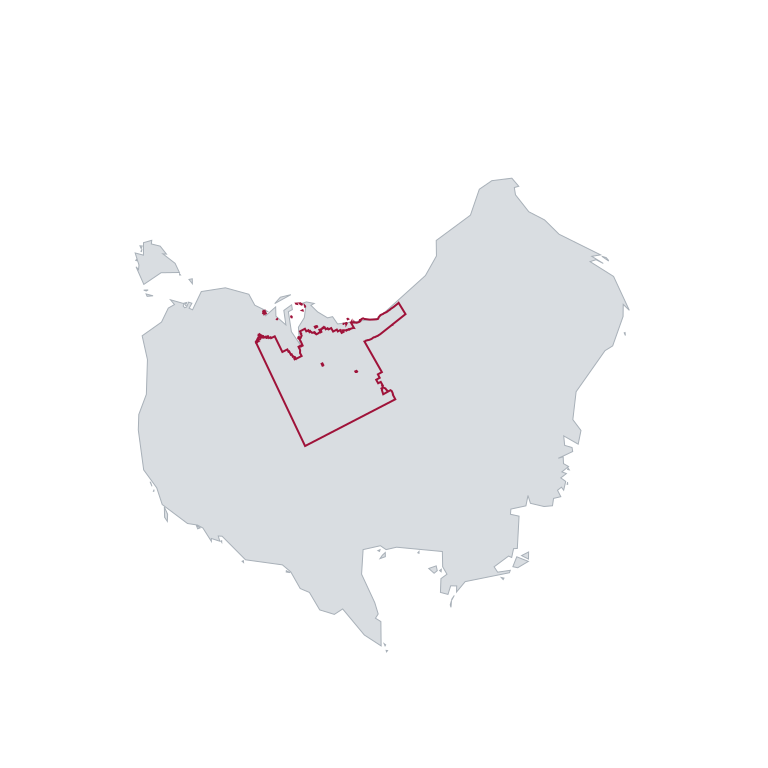 Unincorporated SA, South Australia, Australia (highlighted), rotated 152°
{"feature_id": "25037944B19571193858150", "entity_name": "Unincorporated SA", "entity_type": "district", "adm_level": 2, "iso_a3": "AUS", "parent_name": "Australia", "parent_adm1": "South Australia", "projection": "orthographic", "projection_center": [135.729, -30.866], "detail": "fine", "context": "in_parent", "style": "outline", "palette": "rose", "viewbox_px": 768, "rotation_deg": 152, "n_neighbors": 0, "source": "geoboundaries", "source_scale": "gbopen_adm2", "svg_char_len": 9386}
<svg xmlns="http://www.w3.org/2000/svg" viewBox="0 0 768 768"><g transform="rotate(152 384 384)"><path d="M519.2,171.6L526.1,204.8L536.0,203.9L546.8,214.7L547.7,235.0L554.0,242.7L554.5,261.8L558.6,272.0L588.8,293.8L598.4,325.6L601.7,327.6L602.8,322.3L609.0,328.7L610.3,326.1L611.5,341.9L615.0,347.1L623.0,353.1L636.4,381.7L633.4,399.0L636.5,421.0L622.5,458.8L614.8,472.2L598.7,486.4L581.4,516.6L574.9,540.1L551.4,543.1L538.8,552.3L531.7,552.5L533.0,558.6L522.9,548.9L524.7,547.1L524.2,544.9L522.2,544.6L518.1,548.0L515.7,545.5L520.5,542.4L518.2,539.4L501.9,551.4L478.9,543.4L461.2,526.7L461.1,514.2L452.7,502.7L456.4,503.2L456.5,499.8L443.5,502.9L447.6,494.6L442.9,482.2L437.9,496.0L428.4,497.3L430.0,492.7L434.5,492.7L441.2,473.7L439.7,459.3L432.9,474.3L423.3,479.9L416.8,488.9L417.7,493.5L414.0,492.9L407.8,487.9L411.6,487.8L408.8,478.9L402.8,468.9L397.8,467.6L396.8,458.8L358.9,444.7L296.5,460.3L277.6,472.4L270.5,486.2L228.4,492.5L208.4,511.2L193.3,512.9L174.5,505.7L172.2,495.3L176.7,496.3L179.1,489.3L175.3,468.1L165.2,453.5L159.1,434.0L132.1,396.3L140.6,399.2L133.8,387.5L138.4,394.2L144.6,395.3L130.8,371.2L132.8,333.9L135.4,342.0L141.2,331.4L164.2,310.3L173.2,309.7L218.0,287.0L234.0,263.9L231.9,250.5L240.8,239.7L249.7,253.8L253.3,245.0L247.8,239.6L249.1,235.8L265.0,236.6L260.0,235.6L262.9,229.4L259.8,224.5L268.2,222.9L265.0,219.3L272.0,218.1L269.3,212.7L275.2,205.9L275.8,209.6L280.7,208.7L280.8,201.5L288.0,203.4L292.4,197.4L300.2,200.7L310.7,209.9L309.2,218.0L315.9,209.8L330.7,214.0L333.5,209.6L326.8,203.9L343.5,176.2L346.9,177.8L352.7,170.9L354.8,173.6L372.6,170.9L372.0,164.5L360.0,160.2L361.9,158.5L405.1,171.4L417.6,166.3L414.6,171.6L419.9,174.5L426.3,168.2L432.0,173.5L425.1,185.4L417.7,186.5L418.0,195.1L411.1,208.7L449.5,234.0L459.9,236.8L463.1,242.9L480.2,247.6L493.1,226.6L494.8,195.3L497.1,183.7L501.5,181.2L498.3,175.7L509.5,154.1L519.2,171.6ZM512.3,578.5L528.6,586.9L549.3,584.7L547.9,603.9L547.0,600.3L544.5,604.1L542.2,616.5L535.9,610.7L530.0,621.7L521.6,619.9L523.7,616.9L516.9,610.8L515.1,600.8L518.2,602.8L511.8,588.6L512.3,578.5ZM339.8,159.6L352.2,159.0L356.0,162.2L347.9,169.1L339.8,159.6ZM424.3,506.6L442.7,506.3L434.8,509.3L424.3,506.6ZM428.6,193.4L431.1,200.1L423.3,198.9L424.6,194.2L428.6,193.4ZM635.7,378.5L636.2,370.6L639.8,364.4L640.3,369.3L635.7,378.5ZM546.5,570.3L552.0,572.6L551.8,575.2L546.5,570.3ZM338.6,161.6L343.1,167.9L335.2,167.8L338.6,161.6ZM507.1,567.9L503.9,566.9L506.1,562.5L507.1,567.9ZM469.5,231.7L465.8,233.6L462.0,234.6L463.9,230.9L469.5,231.7ZM131.7,394.5L128.5,391.3L127.7,387.8L128.1,387.5L131.7,394.5ZM550.2,577.7L552.1,579.7L548.1,577.8L550.2,577.7ZM613.9,343.3L616.5,343.6L616.1,347.1L613.9,343.3ZM555.4,261.5L558.6,263.9L557.9,265.0L555.4,261.5ZM534.8,617.5L534.6,620.6L532.7,619.4L534.8,617.5ZM636.9,402.6L636.5,407.0L636.2,406.9L636.9,402.6ZM371.3,158.1L369.2,156.3L370.6,155.4L371.3,158.1ZM429.2,157.9L426.1,161.1L429.7,155.4L429.2,157.9ZM638.0,397.5L636.6,398.7L637.6,397.3L638.0,397.5ZM433.4,219.1L431.7,219.7L432.6,218.1L433.4,219.1ZM422.5,193.2L420.4,193.5L421.7,191.4L422.5,193.2ZM148.1,313.5L147.9,316.4L147.0,316.3L148.1,313.5ZM506.0,152.3L505.8,154.6L505.0,152.9L506.0,152.3ZM522.1,545.8L522.4,547.3L521.8,546.8L522.1,545.8ZM425.3,162.1L421.2,164.3L425.5,161.5L425.3,162.1ZM269.4,209.4L268.0,211.2L268.9,209.2L269.4,209.4ZM536.3,615.4L535.1,615.9L535.9,614.8L536.3,615.4ZM467.6,239.7L465.3,239.6L466.5,238.3L467.6,239.7ZM262.0,222.3L260.9,223.4L260.7,221.2L262.0,222.3ZM545.2,609.7L543.6,610.4L544.3,608.8L545.2,609.7ZM507.5,146.3L507.2,147.8L506.0,147.0L507.5,146.3ZM521.0,547.7L522.4,549.2L519.9,548.6L521.0,547.7ZM592.5,294.1L591.1,294.0L591.8,292.3L592.5,294.1ZM601.7,321.9L600.9,321.8L601.6,320.4L601.7,321.9ZM513.3,576.2L512.8,577.3L512.5,575.8L513.3,576.2Z" fill="#d9dde1" stroke="#a8b0b8" stroke-width="1"/><path d="M477.5,481.3L482.8,366.3L381.2,365.2L381.2,370.2L381.0,370.3L380.6,372.1L380.5,374.2L381.2,375.5L384.6,375.4L384.2,376.7L384.4,377.2L384.7,378.2L384.8,379.4L385.7,380.4L386.4,381.5L386.4,383.3L385.8,383.3L385.9,387.4L388.8,387.4L388.9,391.4L384.9,391.5L384.9,395.4L380.3,395.5L381.3,430.7L380.6,430.6L379.3,430.8L378.8,430.5L377.7,430.4L377.0,430.0L374.7,429.7L373.2,429.7L371.9,430.0L371.0,430.0L370.0,429.6L369.7,429.7L368.7,429.6L368.4,429.7L366.9,429.4L366.3,429.6L364.2,429.7L349.4,432.4L349.1,432.3L349.1,432.5L332.2,435.6L333.0,448.8L333.6,448.6L339.3,447.5L343.1,447.1L344.0,446.8L346.5,446.6L346.8,446.4L348.3,446.3L351.0,446.5L351.9,446.3L354.0,446.5L354.8,446.5L357.5,445.4L357.8,445.1L358.1,444.7L358.7,444.3L358.9,444.3L360.1,444.6L362.6,445.7L366.5,447.6L370.4,450.4L370.9,450.7L371.4,451.5L371.6,451.6L371.7,451.8L372.9,451.9L373.0,451.8L373.6,451.8L373.7,451.6L374.2,451.6L374.3,451.4L374.6,451.4L375.3,451.8L375.4,451.7L375.2,451.5L374.9,451.5L374.9,451.3L375.0,450.9L375.4,450.6L376.5,450.4L377.5,450.6L377.9,450.6L378.5,450.7L379.6,451.0L380.6,451.8L381.3,452.2L381.5,452.4L381.5,452.7L381.8,452.4L382.8,453.0L383.5,453.7L383.3,454.2L383.6,454.0L383.5,453.8L383.7,453.6L384.4,453.8L384.2,447.6L384.5,447.8L385.1,448.0L387.2,448.4L389.1,448.3L389.1,448.8L389.9,448.8L389.9,449.0L392.0,448.8L392.0,449.3L392.5,449.3L394.8,450.6L395.0,450.4L395.3,450.6L395.3,449.0L397.4,449.0L397.4,452.2L400.1,452.1L400.1,454.2L404.2,454.2L404.3,454.2L404.4,458.2L407.2,458.2L407.4,459.0L407.7,459.0L407.7,459.7L409.8,459.7L409.8,461.8L410.5,461.8L410.5,462.5L410.8,462.4L411.0,462.5L411.9,462.4L411.9,461.8L414.7,461.8L414.7,462.0L415.0,462.0L415.6,462.2L415.7,460.9L414.5,460.8L414.8,459.4L416.1,459.4L416.3,459.8L417.5,459.8L418.4,459.6L420.4,459.6L420.6,459.9L420.7,461.5L421.2,461.5L421.2,462.5L422.0,462.6L422.6,462.5L422.9,462.7L423.3,463.1L423.5,463.1L423.6,463.5L423.7,463.8L423.9,463.8L424.3,464.5L424.3,465.5L425.2,465.5L425.0,465.3L425.4,465.1L425.4,467.0L427.9,467.0L427.9,469.9L433.5,469.9L433.5,467.5L433.9,467.5L434.0,465.4L436.3,463.6L437.6,463.6L437.5,460.6L437.8,456.1L439.5,456.1L439.4,456.4L439.4,457.0L442.0,457.0L442.1,455.8L442.1,455.5L442.0,455.4L442.1,455.1L442.0,454.9L442.0,454.5L442.2,453.2L443.6,450.8L443.6,447.4L449.9,447.5L449.9,447.8L450.1,447.6L450.4,448.1L451.3,447.9L451.3,448.5L450.7,448.7L450.3,449.4L450.4,449.5L450.2,449.7L450.5,450.3L450.5,450.8L450.3,450.9L451.7,450.9L451.6,453.6L452.5,453.6L452.4,457.3L453.2,457.3L453.1,459.9L458.7,460.0L458.1,477.4L462.2,477.5L462.2,478.5L464.0,478.6L464.0,480.7L464.5,480.8L464.7,480.5L464.7,479.6L465.5,479.6L466.2,479.8L466.3,479.9L466.3,481.3L468.2,481.3L468.1,483.0L468.3,483.1L468.6,483.0L469.0,483.3L469.4,482.9L469.5,482.6L469.8,482.6L470.0,482.3L470.4,482.6L471.2,482.6L471.2,483.3L471.4,483.5L471.7,484.1L471.4,484.2L471.8,484.3L471.9,483.9L471.9,483.6L473.2,483.7L473.4,483.0L473.4,482.0L473.2,481.7L473.9,481.7L474.1,481.9L474.3,482.1L474.2,482.3L474.6,482.9L474.5,483.2L474.8,483.0L474.8,482.8L474.7,482.8L474.8,482.6L474.7,482.5L475.0,482.5L475.0,482.4L474.6,482.4L474.7,482.2L474.4,481.8L474.7,481.7L475.2,481.9L475.3,481.6L475.5,481.6L475.4,481.5L475.6,481.4L475.5,481.2L475.7,481.3L475.8,481.1L476.0,481.1L476.1,480.8L476.3,480.9L476.5,480.6L476.3,480.6L476.6,480.5L476.6,480.4L477.0,480.4L477.0,480.6L477.2,480.9L477.3,480.9L477.2,481.1L477.4,481.1L477.3,481.4L477.5,481.3ZM386.4,381.4L385.7,380.4L384.8,379.4L384.8,379.1L384.7,378.1L384.2,376.7L384.7,375.4L389.5,375.3L388.7,379.7L388.2,380.0L388.2,380.3L388.3,381.3L386.4,381.4ZM429.7,429.3L429.6,431.1L428.7,431.1L428.7,429.3L428.8,429.3L428.8,429.2L429.3,429.0L429.4,429.3L429.7,429.3ZM402.4,407.4L403.4,407.9L403.4,408.6L402.1,408.5L401.9,407.6L402.4,407.4ZM455.1,501.8L455.2,502.0L455.7,502.0L455.9,502.3L456.1,502.3L455.8,502.6L455.8,502.8L456.0,502.7L455.9,502.9L455.5,503.2L455.6,503.4L456.1,503.4L456.1,503.5L455.5,503.8L455.4,503.7L455.3,503.8L455.6,503.9L455.5,504.1L455.7,504.4L456.0,504.5L455.9,504.6L456.0,504.6L455.9,504.8L456.1,505.0L456.2,504.8L456.0,504.5L456.5,504.2L456.9,504.3L457.1,503.3L457.4,503.1L457.0,502.7L455.7,501.8L455.3,501.7L455.1,501.8ZM416.1,465.9L416.1,466.7L416.8,467.0L418.2,467.1L418.2,465.9L416.1,465.9ZM470.0,485.4L470.5,486.3L470.7,486.1L471.0,486.1L471.2,486.3L471.5,486.4L471.6,486.1L471.5,485.8L471.8,485.7L471.7,485.5L471.5,485.0L471.1,484.9L470.7,485.1L470.8,485.5L470.0,485.4ZM437.3,465.9L437.2,465.6L437.4,465.6L437.5,465.4L437.4,465.4L437.6,465.0L437.9,464.7L438.2,464.7L438.2,464.4L437.9,464.1L437.6,464.4L437.1,464.6L437.2,465.1L437.1,465.4L437.1,465.6L437.3,465.9ZM419.4,493.4L419.9,493.9L420.0,494.1L419.8,494.2L419.9,494.5L420.1,494.6L420.3,494.6L420.5,494.7L420.4,494.4L420.3,493.9L420.2,493.9L419.9,493.6L419.4,492.8L419.1,493.0L419.1,493.3L419.4,493.4ZM388.4,455.1L388.5,455.5L388.8,455.6L389.1,455.5L389.2,455.1L389.4,454.9L389.3,454.7L389.6,454.4L390.0,454.4L389.4,454.5L388.9,454.9L389.0,454.7L388.7,454.9L388.5,455.0L388.4,455.1ZM434.2,486.2L433.9,486.6L433.9,486.8L434.0,487.2L434.1,487.3L434.3,487.2L434.4,486.7L434.4,486.3L434.2,486.2ZM423.4,495.9L423.3,496.0L423.9,496.3L423.9,496.1L423.4,495.7L423.4,495.9ZM417.2,489.5L417.3,490.0L417.4,489.8L417.5,489.9L417.4,489.7L417.4,489.3L417.2,489.3L417.1,489.1L417.1,489.4L417.2,489.5ZM447.7,490.7L447.8,491.5L448.1,491.4L447.7,490.7ZM385.4,458.6L385.6,458.6L385.6,458.3L385.4,458.3L385.4,458.2L385.2,458.2L385.4,458.6ZM391.4,456.2L391.8,456.4L392.2,456.6L391.6,456.1L391.4,456.2ZM421.4,487.2L421.5,486.8L421.7,486.7L421.4,486.7L421.3,487.3L421.5,487.3L421.4,487.2Z" fill="none" stroke="#9f1239" stroke-width="2"/></g></svg>